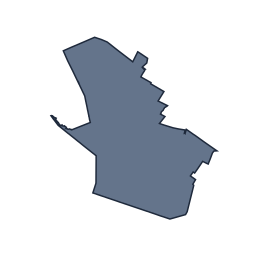 the district of Vanegas, San Luis Potosí, Mexico, rotated 294°
{"feature_id": "50627088B68070398631326", "entity_name": "Vanegas", "entity_type": "district", "adm_level": 2, "iso_a3": "MEX", "parent_name": "Mexico", "parent_adm1": "San Luis Potosí", "projection": "mercator", "projection_center": [-100.935, 24.137], "detail": "fine", "context": "isolated", "style": "filled", "palette": "slate", "viewbox_px": 256, "rotation_deg": 294, "n_neighbors": 0, "source": "geoboundaries", "source_scale": "gbopen_adm2", "svg_char_len": 3518}
<svg xmlns="http://www.w3.org/2000/svg" viewBox="0 0 256 256"><g transform="rotate(294 128 128)"><path d="M165.0,45.4L164.9,45.5L159.7,51.8L157.9,54.0L149.2,64.2L149.7,64.1L149.4,64.5L148.9,64.9L147.2,66.6L139.8,75.3L139.7,75.4L139.6,75.5L135.2,78.6L133.5,79.9L133.4,79.9L133.0,80.2L132.5,80.6L129.7,82.6L129.4,82.8L127.8,83.9L126.8,84.7L126.6,84.8L124.1,86.6L123.9,86.8L123.3,87.2L122.9,87.4L122.9,87.5L122.5,87.7L122.4,87.8L122.2,88.0L120.9,88.9L120.2,89.3L119.9,89.6L117.7,91.3L103.4,77.3L103.5,76.9L103.6,76.5L103.3,76.2L103.4,75.9L103.3,75.6L103.4,75.1L103.3,74.8L103.0,74.5L102.6,74.1L102.5,73.8L102.6,73.2L102.4,73.0L102.5,72.6L102.5,72.3L102.4,71.9L102.3,71.6L102.5,71.7L102.8,71.6L103.0,71.6L103.3,71.6L103.5,71.5L103.5,71.3L103.6,71.2L103.6,70.9L103.6,70.7L103.7,70.4L103.8,70.2L103.8,69.9L103.9,69.7L104.0,69.5L104.0,69.4L104.1,69.2L104.1,68.9L103.9,68.8L103.7,68.9L103.7,68.7L103.6,68.3L103.6,68.2L103.5,67.9L103.4,67.8L103.4,67.7L103.4,67.3L103.5,67.1L103.6,66.9L103.8,66.7L103.7,66.6L103.3,66.6L103.2,66.6L103.2,66.4L103.2,66.1L103.1,65.9L103.4,65.9L103.2,65.7L102.9,65.4L102.8,65.1L102.7,65.0L102.7,64.9L102.6,64.7L102.9,64.7L103.1,64.7L103.2,64.4L102.9,64.1L103.5,63.8L103.5,63.7L103.6,63.4L103.8,63.2L104.6,62.2L104.5,61.8L104.2,61.5L104.4,61.5L104.6,61.4L104.9,61.3L104.9,61.2L105.0,61.1L105.0,60.9L105.1,60.7L105.0,60.4L105.0,60.2L105.0,59.9L105.5,59.8L105.4,59.6L105.4,59.4L105.4,59.2L105.5,59.0L106.1,59.0L106.3,58.8L106.5,58.5L106.3,58.5L106.4,58.4L106.5,58.2L107.7,58.4L107.7,57.8L107.8,57.7L107.6,57.5L107.4,57.2L107.3,56.9L107.2,56.3L107.3,56.3L107.7,56.3L107.9,55.8L108.0,55.5L108.0,55.2L108.1,54.8L108.1,54.7L108.3,54.4L108.4,54.2L108.4,53.9L108.3,53.7L108.3,53.4L108.3,53.2L108.2,53.1L108.1,52.9L108.0,52.7L107.9,52.6L105.8,56.2L105.2,57.4L103.3,60.8L102.6,62.1L102.2,62.8L102.0,63.2L99.3,73.3L98.6,75.9L98.6,76.2L98.0,78.4L97.4,80.7L96.9,82.6L95.5,87.8L95.1,89.5L93.7,94.6L89.7,110.2L88.5,110.7L84.9,112.3L66.4,120.4L64.5,121.2L54.4,122.3L55.2,131.3L55.3,132.3L56.1,140.9L56.7,147.2L56.9,149.8L57.0,151.1L57.9,160.3L58.4,165.7L59.3,175.3L60.1,183.9L60.5,188.2L60.9,193.4L61.3,196.9L61.3,197.0L61.9,203.3L64.3,206.2L72.3,215.8L75.6,216.1L102.3,211.4L102.5,211.2L102.6,210.9L102.7,210.7L103.0,210.1L108.3,210.7L109.6,204.5L114.3,205.4L114.0,207.2L118.5,208.1L127.9,209.8L127.7,213.9L127.7,215.9L129.9,215.8L133.1,215.7L139.6,215.3L141.9,215.9L143.3,218.5L143.5,217.4L144.4,212.7L145.5,207.0L146.3,202.9L147.6,196.7L148.5,192.4L148.8,190.4L149.9,184.9L150.5,181.8L146.2,182.4L146.3,182.2L146.3,181.9L146.3,181.7L146.2,181.6L149.4,181.0L147.7,174.6L146.5,169.1L145.8,163.4L145.3,159.2L144.9,154.9L153.5,157.1L153.9,152.0L154.1,152.0L154.3,152.0L154.5,152.0L154.9,152.2L155.0,152.2L155.3,152.1L155.8,151.9L156.3,151.9L157.9,152.6L158.4,152.9L158.5,152.9L159.2,152.9L159.6,152.9L160.1,152.9L160.5,153.1L161.2,153.1L161.5,153.1L161.9,153.4L162.2,153.7L162.6,154.0L162.8,154.1L163.5,154.1L163.5,154.3L163.5,154.5L163.9,154.8L164.2,155.0L164.5,155.1L164.9,144.5L175.9,146.0L177.6,130.7L178.8,130.6L179.7,120.9L179.9,119.0L182.6,119.1L187.2,119.8L187.5,119.8L188.3,119.6L188.7,119.9L188.8,119.5L188.4,119.4L188.3,118.6L188.9,118.6L189.0,117.8L189.2,117.6L189.1,117.3L189.1,117.2L188.9,117.1L189.0,116.9L189.1,117.0L189.1,116.9L189.1,116.4L189.7,116.3L195.0,118.7L197.1,118.2L199.6,117.6L200.6,112.0L201.6,106.1L201.6,105.9L194.4,105.6L190.4,105.4L194.7,87.4L198.1,74.0L198.0,67.8L197.3,60.6L188.3,52.3L178.3,43.0L172.2,37.5L165.0,45.4Z" fill="#64748b" stroke="#1e293b" stroke-width="1.5"/></g></svg>